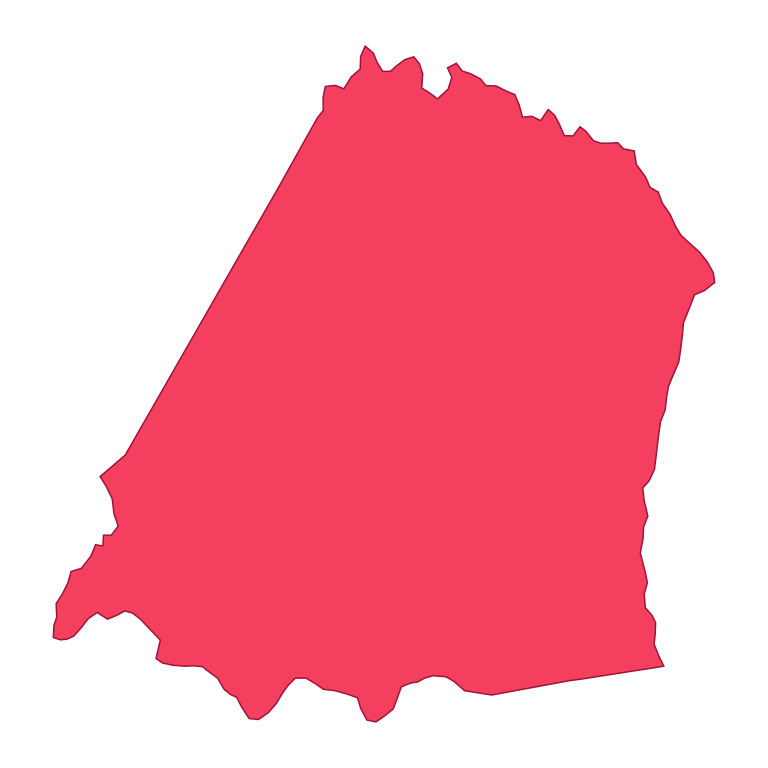 the district of Ibiassucê, Bahia, Brazil
{"feature_id": "56859067B49243330043485", "entity_name": "Ibiassucê", "entity_type": "district", "adm_level": 2, "iso_a3": "BRA", "parent_name": "Brazil", "parent_adm1": "Bahia", "projection": "equal_earth", "projection_center": [-42.305, -14.281], "detail": "fine", "context": "isolated", "style": "filled", "palette": "rose", "viewbox_px": 768, "rotation_deg": 0, "n_neighbors": 0, "source": "geoboundaries", "source_scale": "gbopen_adm2", "svg_char_len": 2173}
<svg xmlns="http://www.w3.org/2000/svg" viewBox="0 0 768 768"><path d="M581.3,679.1L663.8,666.2L658.4,655.1L654.1,644.1L655.2,634.2L655.6,622.6L652.0,615.3L645.3,607.6L644.2,594.1L647.4,582.7L644.9,570.7L640.3,552.9L643.1,538.0L643.5,527.3L647.8,515.9L644.2,500.9L642.7,488.0L649.2,480.7L654.5,469.3L656.0,456.9L657.4,444.8L659.2,430.9L660.6,421.4L665.2,409.8L666.6,396.9L668.4,386.6L674.3,372.3L678.7,362.2L680.5,350.6L682.4,334.9L683.5,322.7L688.5,310.2L694.5,294.9L704.2,290.6L714.7,282.5L713.4,273.0L707.1,261.7L699.2,251.8L690.3,243.9L681.0,235.3L675.7,226.7L670.0,214.2L662.3,203.1L658.2,192.1L650.0,187.4L645.6,177.1L636.3,164.4L634.2,150.9L623.5,148.9L617.8,142.7L609.6,143.2L601.0,143.2L593.5,140.8L585.7,131.1L580.0,126.8L573.1,135.9L564.2,135.6L559.0,123.4L554.6,115.3L548.2,109.5L540.7,120.6L531.7,116.3L522.5,117.2L519.2,105.0L514.8,94.6L505.7,90.8L496.3,86.0L486.0,85.6L480.3,78.8L470.3,73.6L462.1,71.0L456.4,63.3L447.5,67.8L451.8,77.3L448.2,89.0L437.5,98.9L428.4,92.1L421.7,88.0L422.7,74.0L419.5,63.9L413.8,56.8L404.9,59.6L396.7,65.7L390.6,71.2L382.8,71.5L377.1,62.4L373.4,53.2L365.2,46.1L360.6,56.6L360.2,69.1L351.3,76.8L343.9,88.8L335.3,85.4L325.3,86.5L323.1,97.6L323.2,110.5L317.5,117.6L276.7,190.6L237.5,258.9L196.0,331.4L131.1,444.8L125.4,454.9L100.1,476.6L106.3,486.5L112.2,498.7L114.0,514.0L118.2,526.0L111.3,535.2L103.5,535.2L102.9,546.0L95.6,544.7L90.8,556.3L81.4,568.3L71.1,571.5L67.8,583.1L62.5,593.7L56.1,603.7L56.8,616.8L53.9,625.7L53.3,637.5L60.3,639.8L66.8,639.2L73.9,636.0L80.8,628.2L88.3,618.6L97.2,612.5L107.5,619.2L116.8,615.3L124.7,611.0L132.5,613.0L140.4,619.2L160.3,640.1L156.0,658.5L162.6,663.0L172.6,665.2L185.0,666.2L193.6,665.8L202.5,666.7L208.6,671.6L217.5,678.1L224.2,689.4L230.3,694.4L236.7,697.4L241.7,707.1L249.2,718.6L258.6,719.5L268.6,712.4L276.5,703.2L282.9,692.5L288.5,684.9L295.4,678.1L306.0,678.1L315.3,683.6L323.2,689.2L334.9,690.7L347.0,694.0L357.5,697.8L360.7,708.4L366.8,720.0L376.1,721.9L384.3,716.1L393.2,709.0L397.4,697.8L401.3,686.9L410.6,683.0L417.4,682.1L424.2,678.3L433.1,675.7L446.1,676.8L454.1,681.5L464.6,690.7L491.7,695.0L569.9,680.6L581.3,679.1Z" fill="#f43f5e" stroke="#9f1239" stroke-width="1.5"/></svg>